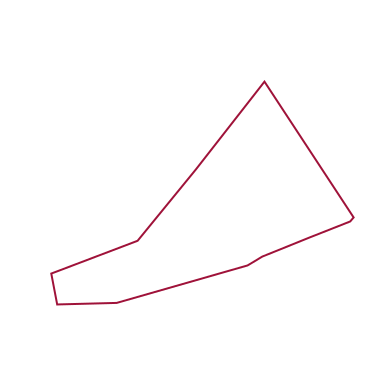 the district of Fond Doux, Soufrière, Saint Lucia, rotated 79°
{"feature_id": "8701671B36300089777335", "entity_name": "Fond Doux", "entity_type": "district", "adm_level": 2, "iso_a3": "LCA", "parent_name": "Saint Lucia", "parent_adm1": "Soufrière", "projection": "mercator", "projection_center": [-61.049, 13.821], "detail": "fine", "context": "isolated", "style": "outline", "palette": "rose", "viewbox_px": 384, "rotation_deg": 79, "n_neighbors": 0, "source": "geoboundaries", "source_scale": "gbopen_adm2", "svg_char_len": 340}
<svg xmlns="http://www.w3.org/2000/svg" viewBox="0 0 384 384"><g transform="rotate(79 192 192)"><path d="M273.8,149.0L268.8,135.3L259.0,84.8L251.1,42.3L247.8,38.2L97.5,99.8L170.6,183.9L229.5,254.7L243.9,338.0L245.2,345.7L276.7,345.8L277.0,343.8L286.5,287.1L274.7,151.5L273.8,149.0Z" fill="none" stroke="#9f1239" stroke-width="2"/></g></svg>